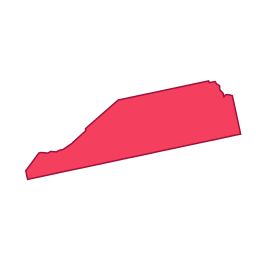 outline of Greenlee, Arizona, United States of America, rotated 78°
{"feature_id": "52423323B93647130667122", "entity_name": "Greenlee", "entity_type": "district", "adm_level": 2, "iso_a3": "USA", "parent_name": "United States of America", "parent_adm1": "Arizona", "projection": "natural_earth1", "projection_center": [-109.179, 33.102], "detail": "fine", "context": "isolated", "style": "filled", "palette": "rose", "viewbox_px": 256, "rotation_deg": 78, "n_neighbors": 0, "source": "geoboundaries", "source_scale": "gbopen_adm2", "svg_char_len": 712}
<svg xmlns="http://www.w3.org/2000/svg" viewBox="0 0 256 256"><g transform="rotate(78 128 128)"><path d="M157.4,19.1L118.0,19.2L116.1,23.3L115.8,25.5L117.3,27.7L114.0,27.7L109.5,30.3L105.7,29.6L103.1,32.3L100.7,33.1L100.5,39.0L98.7,39.3L98.6,131.8L119.8,169.7L121.8,169.8L130.5,184.7L131.4,186.0L135.5,195.9L135.6,200.2L136.5,203.1L134.8,208.6L135.9,211.4L133.9,218.1L133.9,220.3L148.6,236.9L157.4,236.9L157.3,201.3L157.3,195.8L157.3,195.0L157.3,194.4L157.3,193.8L157.4,180.3L157.4,180.2L157.3,133.4L157.4,129.6L157.4,122.3L157.4,122.2L157.4,110.8L157.3,104.2L157.4,85.6L157.4,85.0L157.4,84.4L157.4,84.0L157.3,78.4L157.4,43.8L157.3,25.3L157.4,19.1Z" fill="#f43f5e" stroke="#9f1239" stroke-width="1.5"/></g></svg>